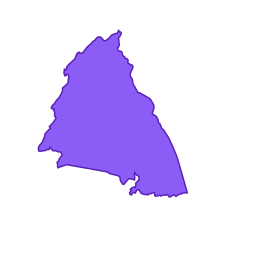 outline of Boa Nova, Bahia, Brazil, rotated 216°
{"feature_id": "56859067B98437240854807", "entity_name": "Boa Nova", "entity_type": "district", "adm_level": 2, "iso_a3": "BRA", "parent_name": "Brazil", "parent_adm1": "Bahia", "projection": "equal_earth", "projection_center": [-40.215, -14.372], "detail": "fine", "context": "isolated", "style": "filled", "palette": "violet", "viewbox_px": 256, "rotation_deg": 216, "n_neighbors": 0, "source": "geoboundaries", "source_scale": "gbopen_adm2", "svg_char_len": 3317}
<svg xmlns="http://www.w3.org/2000/svg" viewBox="0 0 256 256"><g transform="rotate(216 128 128)"><path d="M191.7,74.5L190.5,72.5L190.1,70.4L189.6,68.4L189.1,67.0L189.0,65.1L189.2,63.3L189.4,61.7L188.8,59.4L187.6,57.6L186.5,56.9L185.1,57.9L183.9,58.8L183.0,60.0L181.5,61.3L181.3,62.7L180.2,63.3L179.2,64.3L179.9,66.5L178.8,66.5L177.7,66.0L176.4,65.6L175.2,65.5L174.3,66.2L173.1,67.2L171.6,67.3L170.0,67.9L168.5,69.1L166.8,68.3L165.3,66.9L165.5,64.7L165.4,62.6L164.9,60.6L165.2,58.6L163.9,57.5L162.5,55.6L161.3,54.7L158.7,58.6L155.8,62.5L150.7,64.9L138.2,71.0L119.6,80.0L118.0,80.4L116.4,80.2L107.7,83.7L105.8,83.4L104.4,82.4L103.5,81.2L102.3,80.4L100.9,80.3L99.8,79.4L98.2,79.9L98.2,81.4L97.9,83.1L97.9,85.7L97.3,87.8L95.6,88.6L94.5,88.9L93.3,89.8L92.2,89.8L93.1,91.3L94.5,93.2L95.7,94.2L96.3,96.0L94.8,95.3L93.6,94.9L92.5,95.1L91.0,95.2L90.0,94.4L88.7,92.6L89.0,89.7L89.3,87.7L88.0,86.3L87.2,84.1L88.2,83.9L89.3,82.9L89.8,81.3L90.0,79.5L88.6,79.1L88.6,76.5L87.7,75.6L85.9,75.8L86.1,77.9L85.2,79.6L83.9,79.6L84.0,81.0L84.4,82.3L84.0,84.0L82.3,84.2L80.7,83.6L79.0,82.9L77.0,83.4L75.9,83.7L74.9,84.5L73.7,85.1L72.5,85.8L72.1,87.2L70.8,88.5L70.1,89.7L69.0,91.0L67.7,90.6L66.7,89.0L65.4,89.2L64.4,90.2L63.6,91.3L62.5,92.4L61.3,92.3L60.7,93.6L59.7,94.8L58.2,95.5L57.1,97.2L55.8,97.0L53.9,96.5L53.0,97.7L52.6,99.4L51.3,101.0L50.1,100.8L48.9,100.9L48.6,102.4L47.7,104.3L46.4,105.7L45.3,107.7L44.1,108.7L43.0,109.5L42.0,110.5L63.6,127.4L71.5,133.5L81.8,139.8L90.1,144.3L98.5,147.5L99.8,147.4L101.1,147.8L102.5,148.9L103.9,149.8L105.2,150.2L106.5,150.3L107.4,151.0L108.5,152.3L110.0,153.0L111.1,153.6L112.1,154.1L116.6,153.7L117.3,155.2L118.1,157.8L119.0,159.8L120.1,161.2L121.4,162.1L127.2,164.6L136.4,163.7L139.3,163.4L140.5,162.4L150.3,166.9L151.3,168.2L152.4,169.2L153.6,170.2L154.8,170.7L156.1,171.0L157.3,172.0L158.1,173.5L158.8,175.6L159.2,178.2L159.7,179.9L160.5,180.9L161.9,181.4L163.2,180.6L164.3,180.8L165.8,180.4L166.8,181.3L167.9,183.0L169.7,183.5L171.3,182.6L172.5,183.6L174.2,183.5L175.2,183.8L176.2,184.7L177.5,185.8L179.0,185.9L180.4,185.0L181.9,185.3L183.6,186.3L183.3,188.1L183.8,190.0L184.7,191.0L186.0,192.2L187.1,193.8L188.2,194.5L188.5,195.9L188.4,197.4L188.7,199.2L189.1,200.9L190.4,201.3L191.5,201.0L193.0,201.3L192.3,198.6L193.1,197.6L193.9,196.6L194.9,195.1L195.8,193.6L196.0,191.7L196.0,190.3L196.5,188.4L197.1,186.2L197.8,185.1L198.8,184.4L200.2,184.8L201.5,185.2L202.5,185.5L203.7,185.3L204.9,184.8L206.0,183.6L206.4,181.7L206.3,179.9L206.8,178.4L207.4,176.9L207.4,174.5L207.9,172.6L208.3,170.9L208.7,168.9L208.6,166.5L208.8,165.0L208.7,163.6L209.1,161.8L210.6,160.3L212.3,160.5L213.0,158.4L212.5,155.8L211.8,153.9L211.7,151.9L212.3,149.4L212.8,146.5L213.3,144.7L213.3,142.9L213.5,141.2L212.6,140.2L212.6,138.4L214.0,138.2L213.0,136.4L212.1,134.8L210.8,133.8L209.8,133.1L209.0,134.2L209.0,135.9L207.3,135.8L206.2,134.6L205.3,133.7L204.7,131.8L203.1,129.9L203.1,127.8L203.4,126.2L204.1,123.3L204.5,121.7L203.2,120.4L202.5,118.1L202.0,116.1L202.0,114.5L201.6,113.1L201.7,110.6L202.2,108.3L201.9,106.5L201.9,104.5L202.3,102.6L202.3,101.1L202.1,99.4L200.5,98.8L198.8,99.8L197.9,98.2L196.7,97.7L195.5,96.1L194.6,94.7L193.2,94.1L192.0,93.8L191.8,92.2L191.9,90.1L191.8,87.8L192.1,85.6L192.4,82.8L190.4,82.2L191.1,80.2L191.4,77.4L191.7,74.5Z" fill="#8b5cf6" stroke="#5b21b6" stroke-width="1.5"/></g></svg>